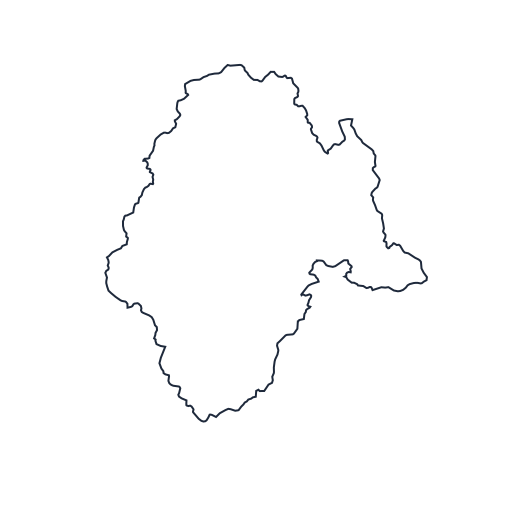 the district of Khanh Vinh, Khánh Hòa, Vietnam, rotated 34°
{"feature_id": "81297802B87924827202169", "entity_name": "Khanh Vinh", "entity_type": "district", "adm_level": 2, "iso_a3": "VNM", "parent_name": "Vietnam", "parent_adm1": "Khánh Hòa", "projection": "albers", "projection_center": [108.858, 12.296], "detail": "fine", "context": "isolated", "style": "outline", "palette": "slate", "viewbox_px": 512, "rotation_deg": 34, "n_neighbors": 0, "source": "geoboundaries", "source_scale": "gbopen_adm2", "svg_char_len": 6134}
<svg xmlns="http://www.w3.org/2000/svg" viewBox="0 0 512 512"><g transform="rotate(34 256 256)"><path d="M194.4,366.2L200.6,365.0L203.7,365.0L206.5,366.3L211.0,369.9L213.5,370.4L215.4,372.8L215.7,375.9L216.7,377.8L217.6,381.3L219.5,381.4L220.0,382.5L222.8,384.7L227.3,383.9L231.5,382.0L234.0,393.5L235.9,398.9L240.5,402.2L243.6,403.3L244.9,404.8L247.1,404.8L250.5,403.6L251.2,404.4L253.2,408.5L255.2,409.9L256.7,410.2L258.1,410.2L260.0,409.8L265.1,407.3L265.8,407.3L267.2,408.0L268.9,412.6L269.2,414.5L270.8,415.6L274.0,415.6L279.1,414.6L281.0,417.7L281.7,418.6L282.2,418.7L283.9,418.2L285.1,416.9L286.7,416.8L289.6,417.9L290.1,418.3L290.7,420.1L291.2,420.7L299.5,423.0L302.9,423.2L305.0,422.6L306.4,421.3L306.9,419.8L306.8,416.6L306.3,413.5L306.6,413.1L308.2,412.4L312.9,411.8L313.9,406.6L316.9,400.7L318.5,398.2L320.6,397.2L325.3,395.9L327.4,394.0L327.8,393.4L328.0,389.1L328.6,386.1L328.6,383.8L329.7,381.7L329.9,379.3L331.8,376.9L332.4,375.0L334.5,372.8L331.6,367.7L332.8,365.5L334.6,365.9L338.3,363.3L338.3,355.6L340.2,352.2L339.4,349.6L337.0,347.0L336.3,343.2L335.8,342.2L333.1,338.4L330.5,333.2L329.7,331.0L328.9,325.7L327.5,322.1L326.9,321.3L323.6,318.6L322.6,316.4L323.4,313.2L324.9,305.3L325.7,304.1L330.3,300.4L330.8,299.2L331.0,293.2L327.3,286.9L327.6,286.7L327.5,285.5L327.9,284.7L330.9,281.5L328.6,277.0L328.6,274.6L327.8,272.9L328.1,271.4L329.4,268.8L329.4,267.7L327.7,268.2L326.4,268.1L326.1,267.8L325.6,265.4L324.7,263.0L324.6,259.4L324.1,258.2L323.2,257.7L321.8,257.9L320.2,260.1L319.1,261.2L316.7,261.5L316.1,261.9L315.7,263.0L315.1,262.6L315.8,252.6L316.1,251.0L317.8,248.0L322.3,242.2L319.9,240.5L317.8,240.1L316.1,239.1L314.3,239.2L311.1,240.8L310.2,240.7L309.5,240.0L310.2,235.7L309.7,234.2L308.3,232.2L308.0,230.2L308.4,227.7L309.5,226.1L309.0,225.6L312.4,223.5L313.9,222.8L315.3,222.8L319.4,224.3L321.5,223.9L325.7,222.1L327.4,220.1L331.3,210.4L334.3,208.3L335.2,208.8L336.8,210.6L340.8,211.0L341.5,211.6L341.3,214.1L343.1,215.7L343.6,216.6L341.7,217.5L340.8,219.0L340.8,220.4L341.9,221.9L341.0,223.5L342.7,223.1L345.2,224.3L350.2,224.6L352.3,223.3L355.7,222.8L357.0,223.4L361.8,220.9L365.5,220.8L366.6,219.8L367.6,218.1L368.6,217.5L369.4,217.6L371.7,219.1L377.4,211.8L380.9,209.9L383.2,207.8L389.6,207.5L393.4,205.9L395.2,204.3L396.9,201.8L397.9,198.5L398.1,195.5L399.1,193.4L401.8,190.3L403.1,189.2L405.2,187.8L407.8,186.7L408.7,185.8L409.5,183.3L410.9,180.7L409.5,177.9L404.4,176.1L400.2,173.8L396.5,169.2L395.8,168.5L394.0,168.0L392.4,168.0L388.9,168.5L380.8,168.6L377.3,170.0L375.2,169.5L369.8,166.9L368.1,166.8L366.6,168.2L363.3,168.3L362.8,168.6L362.7,171.0L361.7,173.8L362.0,174.8L361.3,175.7L359.4,175.4L358.7,175.0L357.2,172.6L356.1,171.6L353.8,172.2L353.4,172.0L352.8,168.4L352.0,166.7L351.3,165.9L348.6,165.2L347.6,164.6L346.7,161.7L343.2,157.9L339.3,154.3L338.0,151.9L337.3,151.1L336.4,150.7L331.4,150.8L330.3,150.3L326.3,147.3L322.3,144.8L321.4,143.9L320.4,141.9L317.5,141.1L316.7,139.1L316.6,137.8L317.3,133.3L317.9,132.1L318.1,130.7L316.1,123.9L314.7,122.9L304.8,119.5L303.7,117.8L303.9,116.7L304.8,115.0L304.7,114.5L302.0,111.6L299.2,106.4L298.7,105.9L296.3,105.2L294.5,103.4L292.2,102.9L281.5,102.5L280.5,102.2L278.4,101.0L272.9,100.1L270.1,98.6L266.7,96.1L265.1,95.5L261.8,94.7L259.4,88.8L256.0,90.8L254.6,92.0L250.0,96.9L249.8,97.9L250.5,99.2L257.8,104.5L262.9,107.5L264.5,109.6L264.6,110.9L263.7,113.0L263.0,116.9L262.1,117.8L259.2,118.9L258.3,119.7L258.0,121.2L257.9,125.3L256.7,127.9L256.6,128.5L258.2,130.4L258.1,131.0L257.4,131.1L254.8,131.1L253.3,130.6L248.5,127.8L245.9,126.9L242.9,127.1L242.3,126.9L241.4,125.7L240.8,123.5L239.9,122.9L238.5,122.8L236.0,123.2L233.8,122.7L230.7,120.3L230.4,119.7L230.5,118.1L229.9,117.2L229.2,116.6L226.0,115.6L224.7,116.4L224.2,116.3L222.7,114.2L219.4,113.0L219.8,110.7L219.0,109.6L216.2,107.4L213.8,106.2L210.6,105.4L209.4,106.3L208.1,107.8L207.2,108.3L205.2,107.9L203.6,108.6L203.0,108.6L202.4,108.2L200.0,104.5L200.0,103.3L201.4,101.0L201.4,99.9L199.5,98.0L199.3,96.3L198.8,95.3L197.4,93.7L196.6,93.3L190.3,92.0L186.6,88.8L185.2,88.8L182.4,91.1L181.4,90.9L180.1,90.1L179.3,90.1L178.9,90.4L178.0,92.5L177.5,93.0L174.2,94.7L170.6,94.2L168.1,93.2L165.2,95.1L164.6,98.9L163.5,102.4L163.3,107.2L163.0,108.1L161.6,109.0L158.8,109.2L155.7,111.2L152.1,111.0L148.2,110.0L146.6,109.0L143.5,108.5L142.6,108.1L140.9,106.4L137.4,105.9L135.9,106.5L128.4,112.5L125.7,113.5L124.7,117.7L124.3,123.0L123.7,124.2L122.9,125.5L119.6,128.0L115.6,132.0L114.7,134.1L112.5,137.0L111.1,140.5L110.4,141.5L106.1,144.8L103.8,147.4L101.1,153.1L102.0,154.9L105.5,158.5L106.3,159.9L106.7,160.2L109.0,160.0L109.7,160.4L108.4,165.9L106.5,169.0L104.8,170.7L104.8,171.6L105.2,173.1L108.0,178.5L110.3,179.9L113.3,180.6L114.4,181.4L114.6,182.8L113.9,186.8L112.8,188.9L113.4,189.7L115.9,191.1L117.1,194.4L115.8,196.6L115.8,199.8L114.9,202.7L113.7,203.8L111.9,204.4L110.7,205.2L109.0,208.6L107.7,214.0L107.6,215.7L108.0,217.2L109.0,219.8L110.0,221.1L110.3,222.6L111.8,226.3L111.7,232.3L112.8,234.4L111.9,235.7L109.3,237.7L109.1,239.6L109.4,240.1L110.7,238.9L111.2,238.8L113.5,239.2L114.5,239.9L115.5,241.2L115.8,243.8L116.2,244.2L116.9,244.3L119.2,243.2L119.8,243.2L120.5,243.6L120.7,245.2L121.1,245.8L124.2,245.4L125.4,246.0L126.0,248.3L128.1,250.2L128.9,252.0L130.3,253.5L130.3,254.1L128.0,255.1L127.6,255.8L127.6,258.0L126.8,260.1L126.0,261.1L125.7,263.2L126.3,266.9L127.3,269.4L127.1,271.7L126.6,272.6L126.6,273.1L128.7,277.6L128.6,278.1L127.2,279.8L126.8,280.8L127.7,284.0L129.9,288.6L126.3,294.6L125.1,295.6L124.9,296.9L126.0,299.9L126.3,301.6L129.0,305.5L132.0,308.3L133.3,308.9L136.0,309.6L137.5,312.5L139.5,312.6L140.1,313.3L141.1,316.5L142.3,318.6L139.6,322.4L139.7,325.2L137.5,328.5L134.9,333.3L134.1,338.3L133.2,340.5L135.7,341.9L137.1,343.3L137.7,344.1L138.4,346.8L140.2,347.9L140.8,348.7L141.1,349.9L140.2,352.0L140.5,354.2L144.5,357.2L145.9,360.5L147.0,362.2L149.7,364.6L153.1,367.2L156.7,367.8L162.5,368.4L168.4,368.5L170.1,368.2L173.2,366.8L174.0,366.8L176.1,367.5L178.4,370.7L180.8,368.1L181.5,366.8L181.4,364.5L181.8,363.5L184.2,361.4L185.2,361.2L188.5,361.8L190.3,363.5L191.0,365.3L192.6,366.3L194.4,366.2Z" fill="none" stroke="#1e293b" stroke-width="2"/></g></svg>